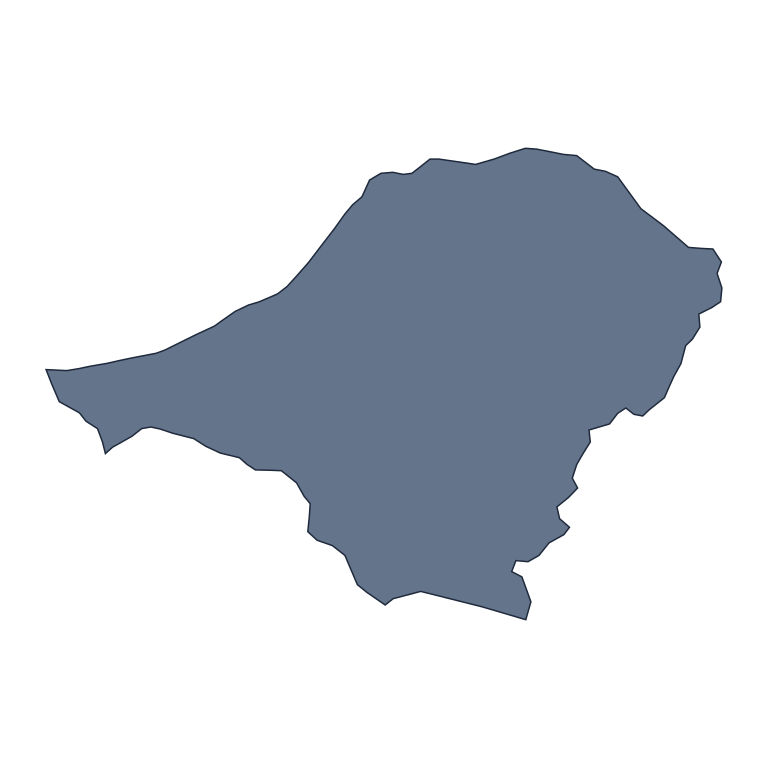 outline of Quatro Barras, Paraná, Brazil
{"feature_id": "56859067B35023448273735", "entity_name": "Quatro Barras", "entity_type": "district", "adm_level": 2, "iso_a3": "BRA", "parent_name": "Brazil", "parent_adm1": "Paraná", "projection": "mercator", "projection_center": [-49.007, -25.374], "detail": "fine", "context": "isolated", "style": "filled", "palette": "slate", "viewbox_px": 768, "rotation_deg": 0, "n_neighbors": 0, "source": "geoboundaries", "source_scale": "gbopen_adm2", "svg_char_len": 1646}
<svg xmlns="http://www.w3.org/2000/svg" viewBox="0 0 768 768"><path d="M46.1,369.6L51.8,384.2L59.3,401.7L79.5,412.9L86.1,421.3L97.5,428.6L102.5,442.0L105.4,453.6L112.4,447.3L131.9,436.3L141.7,428.6L150.8,427.0L160.0,429.0L172.9,433.3L193.7,438.6L205.8,446.3L220.1,453.0L229.1,455.2L239.4,457.7L247.0,464.4L255.4,469.9L271.4,470.3L281.3,470.7L288.5,476.4L296.6,482.9L304.1,496.3L310.2,503.7L309.3,516.7L307.8,531.7L317.2,540.3L332.4,545.6L344.9,555.4L357.4,584.7L367.2,592.6L385.2,605.0L393.1,598.7L420.7,591.4L481.3,606.6L525.8,619.7L530.9,601.8L521.9,576.9L511.7,571.6L515.9,560.6L528.0,561.7L539.0,555.4L549.0,542.9L563.9,534.6L569.5,527.3L559.6,518.7L556.9,506.9L568.6,497.4L577.6,488.0L572.3,478.2L576.7,464.6L582.8,454.0L590.3,442.0L589.0,430.0L609.6,423.9L617.7,413.3L625.8,408.0L633.9,414.3L642.7,416.0L649.3,409.7L664.4,397.7L669.2,386.7L673.9,376.3L680.9,363.7L685.7,345.6L692.3,339.3L699.9,327.1L698.8,314.1L712.2,307.3L720.6,301.7L721.9,288.0L717.1,273.4L721.4,262.0L712.9,249.0L701.2,248.4L688.5,247.4L663.1,225.4L640.9,208.7L617.7,176.8L605.4,171.3L594.2,169.1L576.7,155.6L563.5,154.4L536.6,149.1L525.3,148.3L510.5,153.0L502.1,156.1L494.0,159.1L475.6,164.4L439.0,159.1L430.0,159.1L412.0,173.3L403.2,174.4L392.7,172.3L381.0,173.3L369.6,180.0L362.0,196.7L352.7,204.7L344.9,214.0L334.1,229.1L323.3,243.1L308.4,262.6L296.1,276.6L287.0,286.6L277.5,293.9L268.1,298.0L258.4,302.1L248.8,304.9L235.2,311.4L222.3,320.4L214.4,326.1L205.4,330.3L196.1,334.6L177.1,344.0L164.8,350.1L156.0,353.3L141.8,356.0L128.6,358.6L119.2,360.6L107.3,363.3L89.8,366.3L79.0,368.6L66.8,370.6L46.1,369.6Z" fill="#64748b" stroke="#1e293b" stroke-width="1.5"/></svg>